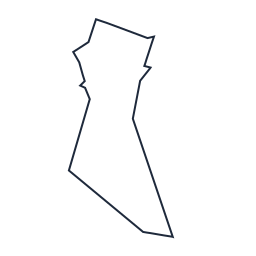 an SVG outline of Adrar, rotated 107°
{"feature_id": "MRT-2795", "entity_name": "Adrar", "entity_type": "Region", "adm_level": 1, "iso_a3": "MRT", "parent_name": "Mauritania", "parent_adm1": "", "projection": "albers", "projection_center": [-10.597, 21.416], "detail": "fine", "context": "isolated", "style": "outline", "palette": "slate", "viewbox_px": 256, "rotation_deg": 107, "n_neighbors": 0, "source": "natural_earth", "source_scale": "10m", "svg_char_len": 692}
<svg xmlns="http://www.w3.org/2000/svg" viewBox="0 0 256 256"><g transform="rotate(107 128 128)"><path d="M33.0,129.9L39.8,130.1L46.5,130.2L52.2,130.3L56.6,130.4L59.4,130.4L60.4,130.4L63.9,130.5L63.7,126.3L63.6,124.1L64.3,124.3L79.3,130.2L117.7,126.1L219.0,53.4L219.0,53.5L219.2,55.1L219.7,58.7L220.2,62.2L220.4,63.8L220.8,66.9L221.2,70.0L221.6,73.1L222.0,76.2L222.5,79.4L222.9,82.5L223.0,83.2L222.8,83.6L186.2,171.4L185.9,172.1L112.1,173.0L111.6,173.0L102.6,180.4L102.1,180.8L101.5,185.2L101.4,186.1L95.8,183.1L90.6,186.7L79.5,193.8L76.6,196.9L71.3,202.6L57.4,190.9L33.4,190.4L33.6,183.3L33.7,179.3L36.3,135.6L35.9,134.9L33.0,129.9Z" fill="none" stroke="#1e293b" stroke-width="2"/></g></svg>